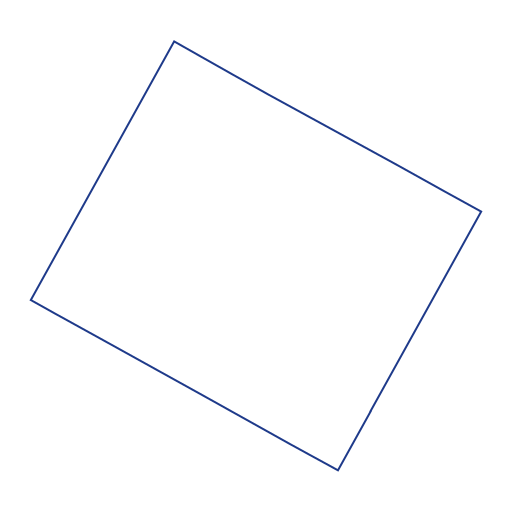 outline of Ngaanyatjarraku, Western Australia, Australia, rotated 29°
{"feature_id": "25037944B86885707589826", "entity_name": "Ngaanyatjarraku", "entity_type": "district", "adm_level": 2, "iso_a3": "AUS", "parent_name": "Australia", "parent_adm1": "Western Australia", "projection": "mercator", "projection_center": [128.838, -25.094], "detail": "medium", "context": "isolated", "style": "outline", "palette": "blue", "viewbox_px": 512, "rotation_deg": 29, "n_neighbors": 0, "source": "geoboundaries", "source_scale": "gbopen_adm2", "svg_char_len": 448}
<svg xmlns="http://www.w3.org/2000/svg" viewBox="0 0 512 512"><g transform="rotate(29 256 256)"><path d="M431.6,336.2L431.4,336.2L431.4,169.8L431.4,141.8L431.4,108.0L389.6,108.1L335.5,108.0L188.5,108.8L147.0,108.6L110.5,108.3L90.0,108.1L80.4,108.0L80.4,194.4L80.4,283.8L80.4,403.7L108.1,403.8L168.6,403.7L225.2,403.7L281.4,403.7L377.0,404.0L399.0,403.9L431.6,403.7L431.6,401.7L431.6,336.2Z" fill="none" stroke="#1e3a8a" stroke-width="2"/></g></svg>